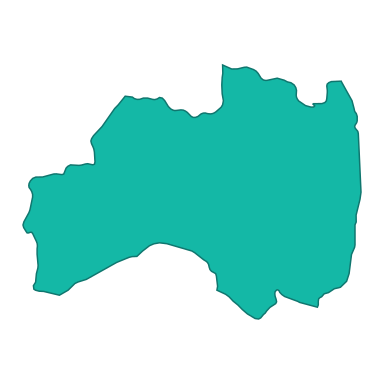 the Prefecture of Fukushima
{"feature_id": "JPN-1864", "entity_name": "Fukushima", "entity_type": "Prefecture", "adm_level": 1, "iso_a3": "JPN", "parent_name": "Japan", "parent_adm1": "", "projection": "robinson", "projection_center": [140.15, 37.378], "detail": "fine", "context": "isolated", "style": "filled", "palette": "teal", "viewbox_px": 384, "rotation_deg": 0, "n_neighbors": 0, "source": "natural_earth", "source_scale": "10m", "svg_char_len": 2851}
<svg xmlns="http://www.w3.org/2000/svg" viewBox="0 0 384 384"><path d="M341.2,81.2L341.2,81.3L345.9,89.8L352.0,100.7L354.0,108.3L354.7,111.4L356.3,113.6L357.2,116.4L357.2,120.8L356.7,122.6L354.9,125.5L354.7,126.9L355.3,128.3L357.8,131.4L358.3,133.5L361.0,192.2L360.0,199.3L356.1,215.1L356.2,222.0L355.0,224.8L355.0,244.9L354.6,247.3L351.5,254.5L349.1,273.6L346.6,281.3L340.5,287.2L338.9,287.7L334.4,288.7L328.5,292.6L324.2,293.8L321.6,296.8L320.1,297.5L318.7,298.7L318.3,301.1L318.3,304.9L317.4,307.2L299.6,302.4L297.8,301.4L284.6,296.5L281.8,294.5L279.8,292.4L279.0,290.7L277.6,289.8L276.6,290.0L275.1,291.7L274.8,293.8L275.1,296.2L276.1,299.3L276.6,301.8L275.7,303.6L269.9,307.4L266.7,310.9L265.2,313.1L263.5,314.5L260.7,317.9L258.6,319.0L255.1,318.5L247.4,313.9L242.3,309.5L237.9,305.0L233.2,301.2L229.2,296.9L225.7,294.3L216.9,290.2L217.6,286.3L216.4,276.1L215.8,274.0L215.7,273.7L214.8,273.1L211.5,271.3L210.0,269.6L209.2,267.2L208.6,264.5L207.5,262.5L206.0,261.2L203.7,259.8L194.7,252.7L191.9,251.0L166.9,243.7L159.5,242.8L153.9,243.8L149.5,245.7L142.5,251.1L136.9,256.4L132.1,256.6L129.1,257.3L116.7,262.4L86.3,279.4L78.0,282.0L74.9,283.5L68.1,290.2L59.4,295.2L43.6,291.4L39.2,291.2L35.5,290.2L33.9,289.2L33.4,285.7L35.6,282.2L36.4,273.7L37.9,267.9L38.1,265.4L37.1,254.3L37.1,248.9L37.4,246.0L37.2,243.6L36.5,241.6L32.8,233.8L31.7,232.3L30.1,232.3L28.7,232.9L27.1,232.9L26.1,231.5L23.7,227.6L23.0,225.0L23.9,221.8L29.0,212.5L30.0,209.7L32.6,197.1L32.6,194.4L31.8,191.7L30.6,189.5L29.1,187.5L28.8,185.5L29.1,183.4L30.4,180.9L32.7,178.4L35.8,177.1L42.6,177.0L53.7,174.0L56.4,173.9L61.8,174.6L63.7,174.1L66.1,168.1L67.7,166.4L70.5,164.9L79.0,165.4L81.4,165.1L85.4,164.0L87.7,163.7L92.7,164.8L94.5,164.2L95.0,161.7L94.4,152.0L93.8,148.9L92.8,146.4L91.9,144.5L91.4,143.2L90.9,141.0L91.6,138.7L93.6,135.6L102.1,126.5L114.7,108.5L118.2,104.9L125.2,96.2L132.4,97.1L134.4,98.6L137.0,99.4L139.8,99.3L143.3,98.1L147.7,98.1L152.7,99.4L154.8,99.6L157.3,98.9L159.5,97.5L162.3,98.1L164.7,100.6L168.3,106.5L170.7,108.9L172.7,110.0L174.3,110.5L175.8,110.5L180.9,109.9L183.2,110.1L185.3,111.0L187.3,112.4L191.2,116.4L193.1,117.4L195.4,117.4L197.9,116.5L201.1,113.9L203.3,113.1L205.3,113.0L207.0,113.5L208.8,113.8L210.8,113.9L212.8,113.5L214.2,112.9L215.7,112.0L221.1,107.3L222.6,104.8L223.4,100.7L222.2,93.9L221.8,85.0L222.2,77.5L222.8,73.4L222.6,65.0L231.7,69.0L237.5,68.9L244.2,67.3L246.7,67.1L253.6,69.6L256.2,71.2L258.2,73.5L261.1,78.2L263.4,80.0L265.3,80.4L266.9,80.4L277.2,78.2L284.2,80.2L287.4,81.9L290.9,82.7L294.1,84.9L295.8,87.6L296.5,90.4L296.2,95.4L296.5,97.2L297.3,99.0L298.6,100.9L305.5,105.6L311.0,107.1L313.7,107.0L314.7,105.9L313.0,104.1L313.5,103.7L321.9,103.6L324.8,102.6L326.3,100.9L326.8,98.4L327.3,92.4L327.3,90.4L326.8,86.0L327.2,84.1L328.9,82.6L331.3,81.6L340.0,81.2L341.2,81.2Z" fill="#14b8a6" stroke="#0f766e" stroke-width="1.5"/></svg>